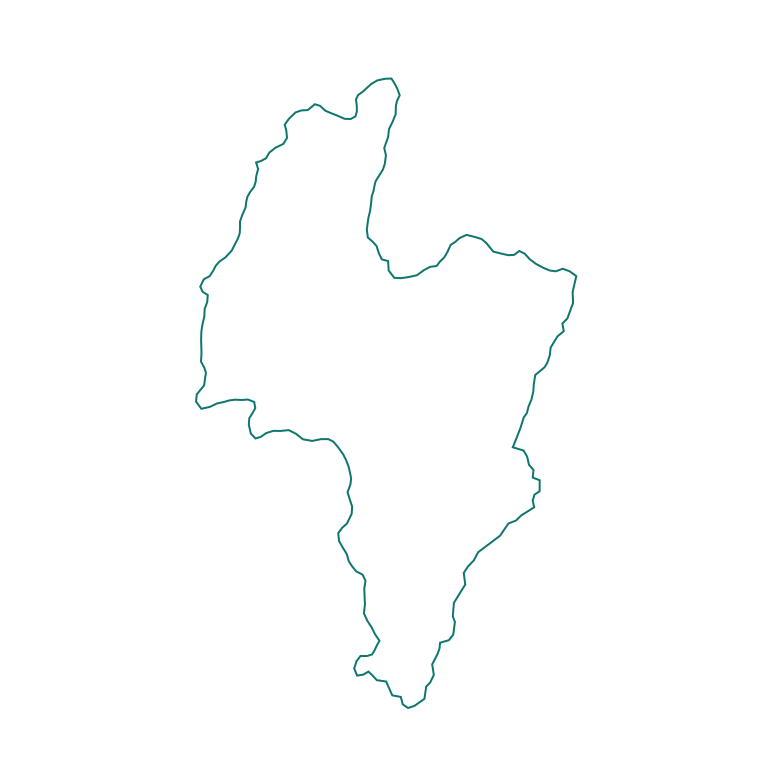 outline of Delfim Moreira, Minas Gerais, Brazil, rotated 318°
{"feature_id": "56859067B30477670707937", "entity_name": "Delfim Moreira", "entity_type": "district", "adm_level": 2, "iso_a3": "BRA", "parent_name": "Brazil", "parent_adm1": "Minas Gerais", "projection": "mercator", "projection_center": [-45.288, -22.512], "detail": "fine", "context": "isolated", "style": "outline", "palette": "teal", "viewbox_px": 768, "rotation_deg": 318, "n_neighbors": 0, "source": "geoboundaries", "source_scale": "gbopen_adm2", "svg_char_len": 3298}
<svg xmlns="http://www.w3.org/2000/svg" viewBox="0 0 768 768"><g transform="rotate(318 384 384)"><path d="M588.8,180.0L591.5,173.4L593.0,167.5L593.9,162.0L589.5,158.2L582.2,153.9L575.1,152.5L570.0,152.5L564.2,152.6L558.0,151.9L553.5,153.9L549.9,159.1L546.1,163.4L541.8,166.0L536.6,164.8L532.1,160.5L529.1,153.7L525.7,147.0L523.3,141.7L522.6,134.5L519.8,129.8L510.6,129.4L505.5,125.3L500.0,123.0L490.8,123.3L483.8,124.8L480.9,130.4L476.6,136.2L469.8,138.2L461.5,135.8L453.6,135.3L447.5,137.3L441.9,136.0L437.2,133.8L434.3,140.0L427.9,144.2L423.9,147.9L419.4,150.5L413.0,151.7L407.9,153.4L403.8,156.2L399.2,160.2L392.1,163.4L385.7,166.9L382.0,171.1L377.7,175.4L372.8,178.1L367.1,180.3L360.0,183.0L350.7,183.8L343.9,182.9L338.2,183.5L332.7,185.6L326.6,187.2L320.2,185.6L312.6,188.7L310.9,194.2L312.6,199.9L307.5,204.8L301.1,208.1L295.3,213.9L289.0,218.2L283.4,222.8L277.9,228.5L272.8,234.5L268.6,239.4L263.0,244.9L261.4,251.5L259.3,256.4L254.5,260.3L249.4,264.7L243.1,265.6L238.0,266.4L232.5,271.3L231.7,280.2L239.3,284.5L246.8,286.7L253.0,290.2L258.1,292.7L262.7,295.9L267.7,300.8L272.5,304.5L275.5,310.5L272.2,315.8L266.9,317.7L261.1,319.2L256.3,323.8L251.8,331.8L252.1,338.5L257.2,340.9L263.5,341.6L270.3,344.7L276.0,349.9L282.3,354.5L285.2,361.9L286.8,370.9L292.6,378.3L300.4,382.9L305.8,387.8L307.8,393.1L307.5,401.3L306.5,409.3L304.9,415.3L302.4,421.7L299.5,427.0L296.3,432.3L291.8,436.2L284.5,440.0L281.1,447.4L278.3,453.8L273.3,458.7L268.6,460.7L263.0,462.9L256.6,462.9L250.2,464.2L245.5,470.7L244.1,477.0L242.5,485.6L239.3,491.9L238.3,498.1L238.0,504.7L240.5,511.3L238.6,517.8L232.4,522.9L227.4,528.9L222.4,535.0L215.6,541.0L213.1,549.1L211.8,557.1L210.0,563.5L208.8,571.8L203.8,573.5L199.0,575.5L194.3,577.0L189.5,574.9L184.5,570.4L178.1,571.6L171.5,575.5L168.9,582.7L174.1,586.1L180.0,587.3L180.4,592.7L180.5,599.3L186.5,606.5L181.8,620.9L187.1,627.8L183.6,634.5L185.0,640.8L191.4,643.6L203.4,645.0L212.9,637.1L218.7,636.7L226.4,633.5L232.2,624.6L243.3,620.4L248.1,617.8L252.6,613.8L260.8,617.8L267.7,616.6L277.5,608.3L279.6,602.8L289.5,593.4L310.2,587.4L316.8,577.8L324.2,575.8L332.7,575.2L341.5,572.0L368.8,574.4L383.1,570.9L390.8,573.8L398.1,573.5L413.1,576.1L416.5,570.1L421.8,566.9L427.9,567.8L435.3,559.7L431.9,553.1L437.5,548.0L437.7,541.0L441.7,533.9L443.2,526.9L437.4,517.2L447.8,512.1L455.6,508.2L465.6,502.3L470.8,501.2L476.4,497.4L483.0,494.3L489.9,489.5L494.7,484.8L502.4,478.5L514.5,479.0L519.3,477.6L526.0,473.9L532.3,468.4L544.8,464.7L553.0,465.0L557.0,458.4L564.1,458.0L578.7,450.3L585.9,441.7L599.1,432.5L597.3,424.2L593.9,417.9L587.2,415.3L583.2,410.7L580.3,404.7L577.3,396.4L575.8,388.6L575.8,381.4L573.6,375.7L567.1,375.1L562.6,371.5L558.3,365.4L553.8,358.7L554.4,347.6L553.5,341.5L550.1,335.8L545.1,328.4L537.7,326.1L532.4,326.1L526.7,325.2L519.3,328.4L513.3,330.3L507.9,330.4L502.1,331.5L496.6,327.8L489.9,326.1L481.2,325.2L473.7,320.9L467.4,316.7L462.7,312.0L463.4,302.8L469.3,295.4L465.8,289.9L467.6,283.6L470.8,276.4L470.8,270.7L470.0,264.3L474.5,257.8L479.3,253.7L483.7,250.0L489.3,246.2L495.2,241.2L500.5,236.3L505.3,233.6L509.3,230.5L513.5,227.7L520.4,225.7L526.8,223.9L532.1,220.8L538.5,215.3L542.1,208.8L547.0,206.1L552.2,203.3L558.3,197.9L565.8,194.9L573.2,191.3L579.0,185.2L583.0,182.3L588.8,180.0Z" fill="none" stroke="#0f766e" stroke-width="2"/></g></svg>